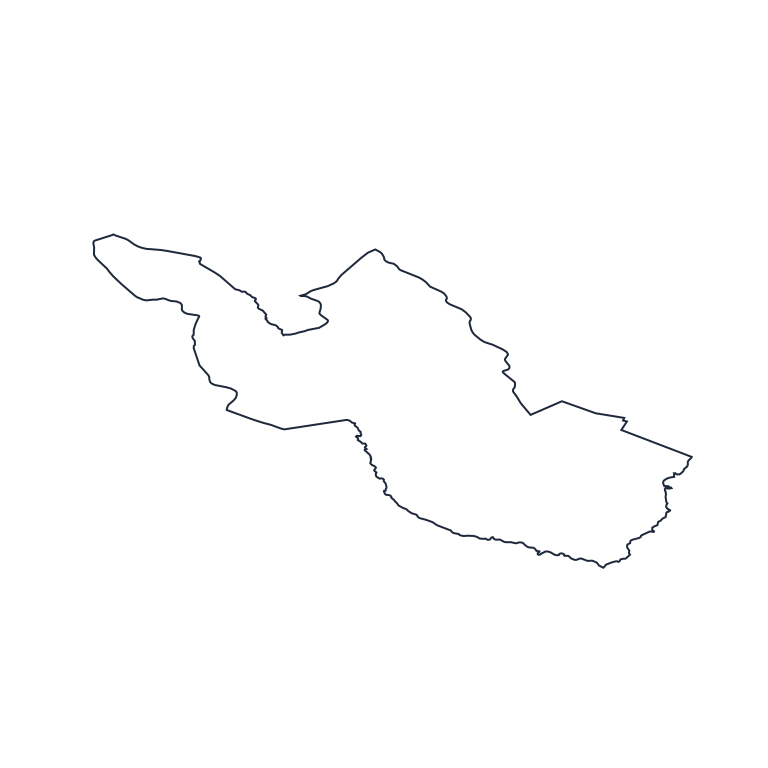 outline of Blönduósbær, Norðurland vestra, Iceland, rotated 194°
{"feature_id": "244011B97005072200428", "entity_name": "Blönduósbær", "entity_type": "district", "adm_level": 2, "iso_a3": "ISL", "parent_name": "Iceland", "parent_adm1": "Norðurland vestra", "projection": "natural_earth1", "projection_center": [-20.065, 65.651], "detail": "fine", "context": "isolated", "style": "outline", "palette": "slate", "viewbox_px": 768, "rotation_deg": 194, "n_neighbors": 0, "source": "geoboundaries", "source_scale": "gbopen_adm2", "svg_char_len": 6081}
<svg xmlns="http://www.w3.org/2000/svg" viewBox="0 0 768 768"><g transform="rotate(194 384 384)"><path d="M530.3,320.7L502.8,317.8L492.1,317.1L483.9,317.0L473.7,315.9L469.9,315.8L411.4,340.2L408.7,340.2L405.6,338.8L402.5,338.8L402.4,338.5L402.8,337.6L402.0,336.4L399.2,335.3L397.2,332.9L395.1,331.9L394.7,330.2L393.8,329.4L393.8,328.3L394.4,327.7L397.8,327.2L398.4,326.1L396.2,325.2L395.7,324.3L395.9,323.4L395.5,323.1L392.6,322.3L390.7,321.0L387.8,321.6L386.2,320.1L386.3,319.3L387.2,318.2L387.2,317.7L386.8,317.3L385.3,316.7L386.8,315.5L386.7,315.1L380.9,312.0L379.3,310.4L379.0,309.7L379.3,309.5L379.2,309.1L378.2,308.1L378.1,307.8L378.5,307.1L378.0,306.1L378.3,304.2L378.1,303.8L376.5,302.6L373.8,302.1L372.1,301.4L371.7,301.0L371.7,300.1L372.6,298.6L372.5,297.6L369.9,296.3L370.3,294.7L369.3,292.6L368.8,292.2L365.5,291.1L363.4,291.9L361.8,291.7L360.9,291.1L360.8,289.7L358.4,287.9L356.8,285.1L356.5,283.5L356.9,282.4L356.6,280.9L358.1,280.3L358.1,279.8L356.5,277.6L355.0,277.0L352.5,277.4L350.7,277.2L349.7,276.5L349.5,275.5L345.8,273.7L344.7,272.6L342.7,271.6L340.6,269.7L335.6,268.3L332.1,268.0L329.7,266.6L325.9,265.3L320.8,265.0L319.7,264.2L319.4,263.5L318.0,262.8L317.0,262.5L310.5,262.4L303.5,261.7L298.4,259.8L283.6,258.0L282.6,257.0L280.6,256.2L275.2,256.5L274.2,255.8L272.6,255.6L269.7,255.8L266.7,256.9L260.6,258.2L257.0,258.2L253.7,257.2L250.1,257.8L248.1,258.5L245.8,257.9L244.9,258.1L243.7,258.7L242.5,261.1L241.5,261.7L240.8,261.5L240.2,260.5L238.7,260.0L236.8,260.2L235.0,260.9L233.4,261.0L229.3,259.9L227.8,259.9L222.6,261.2L217.6,261.3L214.3,263.1L212.4,263.5L210.3,263.2L209.2,262.4L205.9,260.8L203.8,260.5L199.4,261.3L197.2,260.4L195.8,259.0L192.7,259.2L192.6,258.8L193.9,257.3L193.7,256.1L192.8,255.7L191.4,256.2L189.5,258.3L188.4,258.9L187.6,260.1L184.9,261.1L181.8,261.0L177.2,259.6L175.1,259.6L173.3,260.2L172.8,260.6L172.6,261.2L172.7,261.5L171.7,262.3L170.3,262.7L168.3,262.4L167.9,262.1L167.8,261.2L167.3,261.0L163.7,261.8L162.8,261.5L160.1,260.0L156.4,259.5L154.7,259.9L152.0,261.9L150.5,262.4L143.7,261.6L139.5,262.9L137.8,262.8L134.2,262.1L131.5,259.9L126.8,258.8L125.6,260.6L125.3,261.8L124.5,262.7L119.7,266.1L116.0,268.1L114.9,268.3L113.3,268.2L112.6,268.9L112.1,270.9L111.4,271.5L109.6,272.3L107.5,272.9L107.1,273.3L104.0,277.9L105.2,279.0L105.6,279.9L105.6,281.5L108.4,284.1L108.9,285.5L109.1,286.3L108.8,287.3L106.7,289.1L107.0,291.2L106.5,292.0L105.1,293.1L98.9,296.5L97.9,297.8L97.9,298.8L97.6,299.4L90.8,304.9L88.8,305.6L86.6,305.6L86.4,306.4L88.1,307.0L88.5,307.4L88.9,309.5L87.8,310.8L84.6,313.2L84.6,316.5L82.6,318.3L81.1,320.8L80.1,321.8L78.6,322.8L78.7,324.8L78.6,325.3L78.9,327.4L78.6,328.0L77.0,328.9L76.8,329.4L77.2,329.7L77.1,330.1L75.9,330.2L75.8,330.7L79.3,331.8L80.5,333.0L80.7,335.1L80.1,336.7L81.2,337.4L81.6,338.1L83.5,342.6L83.8,345.6L84.4,346.5L84.7,347.7L85.5,348.4L86.1,349.9L85.6,351.0L82.3,351.4L79.9,352.5L80.5,353.0L82.7,351.9L85.3,351.5L86.3,352.8L82.9,353.4L83.1,353.6L87.5,352.9L89.1,355.1L89.4,357.1L88.8,358.4L86.6,360.7L84.1,362.3L80.0,364.1L80.4,364.8L80.7,367.1L81.0,367.5L79.8,367.9L78.2,367.1L75.7,367.7L74.5,368.7L72.6,371.6L72.3,372.9L72.4,373.9L70.1,377.0L69.7,378.2L69.7,379.4L70.4,381.9L70.1,383.2L68.0,386.7L67.8,387.7L142.6,396.8L139.2,406.4L143.2,406.4L142.7,409.2L171.5,406.8L207.2,410.3L234.3,389.5L246.5,398.3L251.7,403.5L256.7,407.7L257.2,408.4L257.4,410.1L256.5,412.1L256.4,413.3L256.9,415.9L257.2,416.8L257.8,417.5L269.3,422.9L271.3,424.0L271.7,424.5L271.6,425.1L270.8,425.8L267.1,428.1L266.3,429.5L266.2,430.2L266.8,432.0L271.4,435.4L272.3,436.4L272.6,437.1L272.5,438.1L270.9,442.1L271.1,443.2L272.9,444.8L277.3,446.3L288.0,448.4L296.7,449.0L301.1,450.4L308.1,453.7L310.2,455.3L312.3,457.5L315.5,463.3L315.9,464.4L315.9,465.9L315.4,466.9L315.4,468.0L315.7,468.9L316.7,470.0L322.0,473.3L326.7,475.3L339.1,477.2L341.9,478.1L343.3,478.9L344.0,479.8L344.2,480.6L343.8,481.5L343.9,482.8L344.5,483.9L347.4,486.3L350.9,487.5L362.8,489.6L367.8,492.9L371.7,494.6L375.9,495.8L395.7,498.5L396.9,499.0L400.0,501.5L403.6,503.0L409.1,502.9L411.5,503.5L413.6,504.6L414.9,507.3L417.5,509.9L418.9,510.7L421.1,511.5L425.0,512.4L431.3,507.6L436.3,501.3L451.7,479.5L453.9,475.1L454.7,472.4L456.8,469.7L462.2,465.4L475.6,457.8L477.7,456.2L481.8,452.0L486.5,449.4L486.0,449.2L482.5,450.1L479.6,450.2L476.0,449.2L469.5,448.6L467.0,448.1L465.5,447.0L464.5,445.9L463.9,443.3L463.7,440.7L463.9,438.1L463.8,437.1L463.4,436.5L461.8,435.5L454.4,432.6L453.8,432.1L453.6,431.4L454.0,429.8L455.4,427.9L460.6,422.8L471.4,417.8L473.3,416.3L479.5,413.2L481.7,411.7L487.2,409.1L492.3,407.8L493.3,406.9L495.5,408.8L495.8,409.6L495.7,411.3L496.1,411.8L499.9,412.4L500.9,413.7L503.3,414.8L508.1,414.8L511.7,416.0L512.5,417.1L514.8,418.6L514.8,419.2L514.1,419.7L515.2,420.6L515.4,421.2L515.1,422.1L515.1,422.9L519.5,425.9L523.2,426.6L524.7,427.4L525.0,427.8L524.9,429.9L525.3,430.6L529.4,433.2L529.5,433.9L528.9,434.7L528.8,435.3L529.4,436.1L533.2,436.5L535.2,437.8L538.8,438.5L540.5,439.8L542.1,439.8L544.4,439.1L546.9,440.0L551.2,439.9L569.4,449.2L575.4,451.3L591.5,456.0L592.0,456.6L592.2,457.5L593.0,458.2L591.9,459.9L592.2,461.9L592.5,462.2L597.8,462.5L625.9,460.7L632.6,460.1L647.6,457.6L652.8,457.6L656.3,458.0L660.5,459.1L666.7,461.6L669.5,462.3L680.9,463.2L682.7,463.7L683.7,462.8L699.1,453.3L700.0,452.3L700.2,451.5L700.2,450.6L698.2,446.1L697.0,440.4L696.6,439.2L694.5,437.0L691.8,435.1L681.0,429.1L677.4,426.2L672.3,422.7L662.5,417.2L646.8,409.3L644.6,408.5L638.4,407.5L636.1,407.5L634.3,407.8L629.0,409.8L624.8,410.9L619.3,413.6L617.0,413.7L611.2,413.0L605.2,413.9L601.6,413.4L600.4,412.8L599.1,411.6L598.2,407.3L597.7,406.5L595.0,405.0L591.8,404.5L581.5,405.5L580.1,405.4L579.6,404.8L580.2,402.6L581.2,397.6L581.5,394.4L581.7,390.5L580.7,386.3L580.7,385.5L581.4,384.6L581.4,383.7L581.2,382.9L580.3,381.9L578.0,380.0L576.9,376.2L577.7,375.1L577.4,372.9L567.5,357.4L556.5,350.0L555.2,348.3L554.6,346.2L553.1,343.8L551.4,342.8L548.0,342.1L536.6,342.7L531.5,342.6L526.2,341.3L524.8,340.1L524.2,337.6L524.4,334.9L525.8,331.9L529.9,326.1L530.5,323.2L530.3,320.7Z" fill="none" stroke="#1e293b" stroke-width="2"/></g></svg>